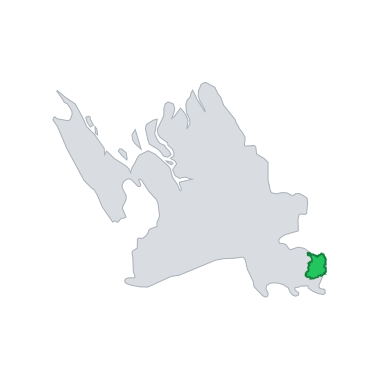 Thakurgaon, Rangpur, Bangladesh (highlighted), rotated 160°
{"feature_id": "16705992B44482388014877", "entity_name": "Thakurgaon", "entity_type": "district", "adm_level": 2, "iso_a3": "BGD", "parent_name": "Bangladesh", "parent_adm1": "Rangpur", "projection": "albers", "projection_center": [88.472, 25.936], "detail": "fine", "context": "in_parent", "style": "filled", "palette": "green", "viewbox_px": 384, "rotation_deg": 160, "n_neighbors": 0, "source": "geoboundaries", "source_scale": "gbopen_adm2", "svg_char_len": 8219}
<svg xmlns="http://www.w3.org/2000/svg" viewBox="0 0 384 384"><g transform="rotate(160 192 192)"><path d="M132.7,271.6L132.6,262.7L126.6,245.1L126.9,243.2L125.6,234.7L124.1,230.0L123.4,225.0L126.9,217.8L125.4,216.6L117.6,214.4L116.7,212.6L118.3,205.5L112.7,198.8L110.4,193.8L116.4,177.6L117.9,166.3L117.5,164.1L113.8,161.6L107.3,160.6L102.8,158.5L100.1,155.3L97.8,154.0L95.0,155.0L91.5,153.7L88.5,150.5L86.0,146.7L87.0,142.5L91.7,132.5L93.5,132.3L97.5,134.2L99.0,134.2L101.7,130.2L105.4,119.1L118.4,120.0L121.6,119.6L124.8,118.7L126.6,117.3L127.5,115.5L127.2,114.0L123.2,111.9L121.7,110.3L120.5,105.8L119.4,104.1L111.5,103.9L107.5,101.8L105.3,100.0L101.3,93.9L96.4,89.4L91.7,88.3L89.9,86.8L88.9,84.5L89.5,81.1L91.9,74.7L104.7,60.8L105.1,59.2L104.6,57.4L100.8,55.2L100.6,54.1L101.6,51.1L103.8,50.8L108.2,53.4L112.7,57.7L115.4,61.6L115.5,64.6L119.0,65.2L121.9,66.5L124.9,66.1L126.9,66.8L128.2,66.6L128.7,64.8L126.1,60.4L127.4,58.6L130.3,58.7L132.4,60.3L134.0,63.7L134.3,68.9L137.8,73.7L142.4,77.0L146.0,78.6L150.3,79.6L154.0,78.5L155.8,75.2L154.9,72.3L155.5,69.6L156.9,68.1L159.2,68.2L161.0,70.3L166.1,81.6L165.1,86.6L166.4,100.4L165.2,109.5L166.0,113.0L166.9,113.6L174.5,115.2L185.6,118.7L194.0,119.9L232.2,118.2L240.5,119.8L266.0,117.8L273.0,120.5L280.7,125.0L285.0,128.4L285.8,130.4L285.4,132.1L284.0,133.1L281.4,133.2L275.4,131.1L274.4,131.8L274.4,137.2L269.9,151.0L269.3,155.3L267.7,157.0L262.7,158.0L259.5,166.1L258.1,167.1L254.8,165.4L252.7,165.8L250.1,166.6L247.6,168.5L245.8,170.8L243.8,171.6L236.6,171.6L235.3,175.4L230.7,180.3L227.8,193.2L228.1,197.1L232.3,207.3L235.4,220.5L236.5,221.8L237.8,221.9L237.8,215.8L239.1,215.0L240.8,215.6L244.4,223.8L246.3,225.8L249.3,226.3L252.7,225.0L255.2,222.5L256.2,219.9L255.1,211.0L256.6,207.3L262.3,201.7L263.1,200.1L262.5,191.1L264.7,190.8L267.7,191.4L271.4,189.2L272.6,189.1L274.2,191.3L276.8,190.8L281.4,208.5L282.0,221.0L283.2,227.9L284.7,229.4L289.5,239.7L294.8,276.3L296.0,299.5L298.0,307.4L296.6,309.2L295.2,309.6L293.7,306.9L283.9,301.3L281.6,301.9L278.4,305.5L277.2,308.7L277.9,313.1L279.0,317.5L281.4,320.0L281.7,322.7L284.6,333.1L283.8,333.2L278.3,323.8L271.6,314.7L269.1,297.9L268.7,289.6L264.1,280.0L259.6,263.1L261.2,257.0L258.3,259.7L253.3,249.6L245.6,239.8L243.3,235.4L243.1,231.1L240.0,235.5L235.7,238.7L231.3,243.3L228.4,244.8L219.0,245.8L213.5,239.8L205.5,224.9L204.4,221.6L205.3,212.7L203.3,204.4L202.7,197.1L201.3,197.7L200.8,199.8L201.1,202.9L200.6,205.5L187.6,204.0L193.2,208.3L199.2,209.2L202.3,213.1L202.6,219.6L196.8,223.7L197.4,227.0L200.8,231.0L196.7,232.2L195.7,234.8L195.6,238.6L198.6,244.3L198.1,246.6L203.2,254.0L204.2,257.7L203.1,262.8L192.5,273.3L189.5,280.7L186.9,284.1L183.6,284.8L179.6,281.4L179.5,277.8L180.2,275.0L185.7,268.1L182.7,269.0L174.1,274.8L172.4,270.2L171.3,266.0L171.2,260.8L175.3,252.9L170.6,256.9L169.3,261.7L170.0,267.4L169.4,271.5L167.6,276.8L165.1,280.0L161.0,282.1L159.2,285.2L156.5,287.5L155.5,276.9L152.4,262.5L151.8,265.6L153.4,274.5L153.3,280.3L151.2,284.9L146.7,289.9L143.2,290.6L141.2,289.9L134.7,282.5L134.1,275.5L132.7,271.6ZM211.8,271.0L203.9,272.8L199.8,272.4L207.2,259.3L206.8,253.5L205.6,248.8L201.7,245.1L201.4,242.4L199.6,238.7L198.7,234.4L202.9,233.0L206.4,235.4L207.7,240.3L209.5,243.9L215.6,251.4L215.6,256.1L214.1,267.4L211.8,271.0ZM228.8,266.4L224.0,270.0L225.2,249.5L229.0,257.0L230.0,261.1L228.8,266.4ZM247.2,255.8L245.1,257.3L243.1,256.1L240.4,251.4L241.6,245.3L242.3,244.4L245.5,250.5L247.2,255.8ZM266.3,298.4L263.5,298.7L262.1,297.3L262.7,295.2L261.8,288.6L265.3,287.9L266.7,293.4L266.3,298.4ZM262.7,280.0L260.8,286.6L259.9,283.7L261.2,277.9L262.7,280.0ZM204.9,228.0L205.7,230.1L201.3,227.5L200.0,225.5L202.0,224.5L204.9,228.0Z" fill="#d9dde1" stroke="#a8b0b8" stroke-width="1"/><path d="M113.0,76.2L113.1,75.9L113.3,75.9L113.3,75.6L113.5,75.5L113.3,75.4L113.5,75.3L113.4,75.1L113.7,75.1L113.8,74.9L113.8,75.0L113.9,74.8L113.8,74.4L113.7,74.5L113.6,73.9L113.3,73.8L113.5,73.7L113.3,73.5L113.2,73.2L112.7,72.7L112.8,72.5L111.7,71.9L111.3,71.9L111.2,72.0L111.1,71.6L110.8,71.5L110.6,71.6L110.4,71.2L110.3,71.3L110.3,70.9L110.0,70.8L110.0,70.6L110.2,70.3L109.9,70.4L109.9,70.1L109.5,70.2L109.3,70.0L109.5,69.9L109.5,69.7L109.0,69.9L109.0,70.1L108.9,70.2L108.7,70.0L108.3,70.1L108.2,69.6L108.3,69.4L108.1,69.1L107.9,69.0L107.6,69.0L106.6,69.0L106.4,68.9L106.0,69.0L105.9,69.2L105.9,69.4L105.6,69.5L105.5,69.4L105.3,69.2L105.1,69.3L104.7,69.2L104.4,69.3L104.5,69.2L104.3,69.1L103.9,69.1L103.7,68.9L103.3,68.9L103.5,69.0L103.4,69.2L103.6,69.2L103.2,69.4L103.0,69.1L102.4,69.0L102.3,69.5L102.3,69.9L102.2,70.0L101.9,69.9L101.6,70.2L101.3,70.0L101.0,70.1L100.8,70.0L100.6,69.7L100.4,69.6L99.9,69.9L100.0,69.5L99.8,69.5L99.8,69.2L99.5,68.9L99.4,69.0L99.3,68.9L98.9,68.9L98.7,69.2L98.4,69.3L98.4,69.1L98.2,69.2L97.9,69.1L97.8,69.3L97.6,69.4L97.5,69.7L97.2,69.8L96.9,69.6L96.7,69.8L96.6,69.7L96.4,69.7L96.5,69.8L96.3,69.8L96.3,69.6L96.1,69.6L95.9,69.6L95.9,69.8L95.7,70.0L95.5,69.9L95.7,70.2L95.5,70.3L95.5,70.5L95.2,70.4L95.3,70.7L95.1,70.6L94.9,70.8L94.8,70.6L94.6,70.6L94.8,70.8L94.3,71.1L94.1,71.1L94.0,70.9L93.9,70.9L93.9,71.1L93.7,71.2L93.9,71.3L93.8,71.5L93.6,71.3L93.1,71.7L93.0,72.0L92.9,72.7L93.1,72.8L92.9,73.1L92.9,73.5L92.5,73.6L92.4,73.8L92.4,74.0L92.2,74.3L92.4,74.6L92.5,74.5L92.3,74.8L92.2,75.0L92.3,75.1L92.6,74.9L92.9,75.2L93.3,75.4L93.3,75.7L93.4,75.8L93.2,76.1L93.1,76.7L92.8,76.6L92.7,76.7L93.0,77.0L92.8,77.2L92.9,77.4L93.3,77.5L93.1,77.9L92.6,77.9L92.3,78.0L92.1,78.0L91.9,78.1L91.7,78.3L91.4,78.3L91.6,78.7L91.6,78.9L91.4,79.1L91.2,78.9L91.2,79.1L90.9,79.1L90.9,80.1L90.6,80.2L90.5,80.4L90.5,80.5L90.4,80.8L90.3,81.0L90.6,81.5L90.4,81.7L90.2,81.7L90.1,82.3L89.7,82.2L89.4,82.3L89.0,83.1L89.1,83.3L89.2,83.2L89.3,83.4L89.3,83.5L89.2,83.6L89.2,84.1L89.6,84.2L89.7,84.4L89.5,84.9L89.6,85.0L89.3,85.2L89.5,85.3L89.6,85.2L89.7,85.4L89.7,85.7L89.7,85.8L89.9,85.4L90.0,85.4L90.1,85.7L90.0,85.9L90.2,86.1L90.0,86.5L89.7,86.7L89.8,86.9L89.9,87.2L89.7,87.4L89.9,87.5L90.1,87.8L89.9,88.1L90.3,88.1L90.5,88.2L90.2,88.9L90.7,89.0L91.0,88.9L91.6,89.2L91.6,89.5L91.4,89.8L91.8,89.8L91.7,90.0L91.9,90.0L92.2,89.7L92.5,89.4L92.8,89.5L93.0,89.2L93.2,88.9L93.3,88.8L93.8,88.8L94.0,89.1L94.0,89.3L94.4,89.5L94.5,89.3L94.6,89.1L94.7,88.8L95.0,89.0L95.2,88.9L95.3,89.0L95.5,89.0L95.5,88.9L95.4,88.7L95.6,88.4L96.0,88.4L96.1,88.6L96.2,88.2L96.7,88.3L96.7,88.2L97.1,88.4L97.2,88.6L97.2,89.3L97.1,89.6L97.1,89.8L97.5,90.1L98.1,90.1L98.0,90.4L98.5,90.6L98.4,90.8L99.2,91.2L99.2,91.5L99.4,91.6L99.4,91.9L99.6,91.9L100.2,91.9L100.1,92.0L100.3,92.1L100.4,92.3L101.1,92.4L101.0,92.7L101.7,93.0L101.8,92.9L101.8,93.2L101.6,93.4L101.7,94.0L102.1,93.9L102.3,94.1L102.5,94.1L102.4,94.4L102.5,94.6L103.1,94.5L103.0,95.1L103.8,95.4L104.2,95.3L104.3,95.1L104.0,94.9L104.3,94.6L104.2,94.4L104.3,94.3L104.6,94.4L104.6,94.2L104.4,94.0L104.4,93.6L104.6,93.4L104.4,93.3L104.1,93.5L104.0,93.1L104.3,93.0L104.4,92.9L104.1,92.8L104.0,92.6L104.2,92.4L103.9,92.2L103.8,92.3L103.6,92.0L103.5,91.9L103.6,92.1L103.3,92.2L103.4,92.4L103.2,92.4L102.9,92.1L103.0,91.9L102.7,91.9L102.6,91.7L102.6,91.4L102.4,91.1L102.5,90.8L102.3,90.7L102.4,90.4L102.3,90.2L102.4,89.8L102.2,89.5L102.2,89.2L102.3,89.2L102.4,88.7L102.5,88.3L102.3,87.7L102.4,87.4L102.3,87.1L102.3,86.9L102.9,86.8L103.1,86.0L103.1,85.7L103.3,85.5L103.5,85.6L103.4,85.8L103.6,85.8L103.9,86.1L104.1,85.9L103.7,85.4L103.9,85.4L104.2,85.3L104.4,85.6L104.5,85.6L104.5,85.4L104.9,85.3L104.9,85.8L105.2,85.8L105.3,86.0L105.4,85.9L105.6,85.8L105.7,85.2L105.8,85.3L105.9,85.5L106.0,85.7L106.5,85.7L106.7,85.4L106.6,84.9L106.7,84.7L106.3,84.5L106.4,84.4L106.6,84.5L106.4,84.2L106.5,83.8L107.1,83.6L107.3,83.7L107.5,83.6L107.5,83.4L107.8,83.1L107.5,83.2L107.5,82.7L107.4,82.7L107.3,82.8L107.1,82.7L107.4,82.6L107.7,82.6L107.7,82.8L107.7,83.0L107.8,82.9L107.7,82.7L107.8,82.6L107.7,82.3L107.8,82.2L107.9,81.9L108.2,81.8L108.3,81.5L108.4,81.4L109.0,81.4L109.1,80.8L108.8,80.5L108.7,80.1L108.7,79.4L109.2,79.2L109.4,79.1L109.2,78.6L109.4,78.4L109.4,78.0L109.8,78.1L109.6,78.0L109.7,77.8L109.8,77.9L109.7,78.0L109.8,78.0L109.9,77.8L110.3,77.8L109.9,77.7L110.3,77.7L110.5,77.6L110.4,77.8L110.6,78.0L111.3,78.0L111.6,77.8L111.5,77.7L112.2,77.3L112.1,76.9L112.2,76.7L112.4,76.1L112.6,76.2L112.5,75.9L112.7,76.1L113.0,76.2Z" fill="#22c55e" stroke="#15803d" stroke-width="1.5"/></g></svg>